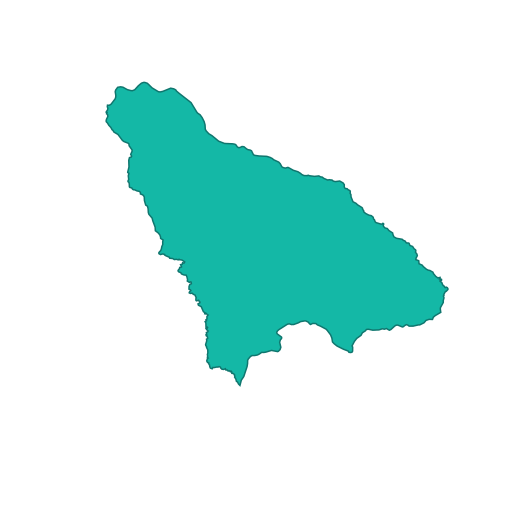 Támesis, Antioquia, Colombia (orthographic projection), rotated 291°
{"feature_id": "7082276B51026070835233", "entity_name": "Támesis", "entity_type": "district", "adm_level": 2, "iso_a3": "COL", "parent_name": "Colombia", "parent_adm1": "Antioquia", "projection": "orthographic", "projection_center": [-75.723, 5.674], "detail": "fine", "context": "isolated", "style": "filled", "palette": "teal", "viewbox_px": 512, "rotation_deg": 291, "n_neighbors": 0, "source": "geoboundaries", "source_scale": "gbopen_adm2", "svg_char_len": 6125}
<svg xmlns="http://www.w3.org/2000/svg" viewBox="0 0 512 512"><g transform="rotate(291 256 256)"><path d="M382.3,121.6L382.6,119.3L382.1,116.2L376.3,110.0L374.8,107.7L374.4,106.0L375.7,98.8L378.3,92.7L378.2,90.0L377.8,88.9L376.3,87.1L372.9,85.2L367.7,83.2L366.0,81.3L365.6,80.0L365.2,76.3L365.9,71.3L365.4,68.9L363.9,66.4L360.6,65.5L358.9,65.7L355.8,67.5L354.1,68.1L352.3,68.2L345.8,66.3L344.1,65.0L343.6,63.3L342.0,63.7L340.8,64.8L338.6,65.1L337.9,64.7L336.6,64.5L336.4,64.9L336.5,65.5L335.2,65.5L334.9,66.7L333.1,67.7L330.0,67.4L328.3,67.7L327.6,68.2L327.1,69.4L325.2,71.9L324.0,74.4L322.3,76.4L322.0,77.5L320.8,78.9L320.0,83.6L316.0,89.9L315.5,91.8L315.5,96.1L315.1,97.2L313.4,98.1L310.6,102.3L309.2,102.8L306.0,102.6L304.7,104.1L303.6,104.0L302.5,102.6L299.8,102.9L293.6,105.5L288.2,106.2L287.9,106.4L287.8,107.5L287.4,107.8L285.1,108.0L281.9,109.7L280.2,109.6L279.5,109.9L279.3,110.8L278.0,111.8L275.2,113.0L274.8,113.6L275.0,115.6L274.2,116.7L273.9,117.7L274.3,119.1L274.1,121.5L274.5,123.9L274.0,125.2L272.5,125.9L272.5,128.3L271.8,129.7L271.1,130.5L267.7,132.0L264.0,134.8L263.7,136.5L263.2,137.1L261.5,138.3L258.0,139.9L256.6,141.0L254.1,145.5L251.9,147.0L246.8,151.5L243.5,153.0L242.5,156.4L241.2,158.7L239.5,160.1L238.2,160.7L237.7,163.5L235.8,163.8L233.4,164.8L231.0,164.7L228.8,165.1L227.0,165.1L224.5,164.1L223.4,164.5L223.1,166.3L224.5,168.2L224.7,170.1L224.2,170.3L223.9,171.9L223.8,175.4L223.0,176.2L223.8,179.3L223.4,181.0L224.4,182.9L224.5,184.8L225.4,185.3L225.1,186.0L225.6,187.6L225.6,189.0L224.9,191.6L223.5,191.3L223.4,189.9L221.9,190.1L220.9,188.7L219.5,190.2L219.0,190.4L218.0,188.9L216.4,189.0L214.7,188.4L214.0,188.7L213.5,189.5L213.5,191.8L212.7,192.6L212.5,193.4L212.5,195.7L213.1,197.7L211.6,199.1L209.4,200.6L208.0,200.8L207.5,203.2L208.4,204.2L208.4,204.8L207.0,205.6L205.6,204.4L203.6,204.4L201.0,205.3L200.9,206.9L200.3,207.6L198.9,206.8L197.7,206.8L197.5,208.1L198.4,209.7L197.8,211.1L197.6,213.3L196.4,214.2L195.9,215.0L194.2,215.3L193.0,215.9L192.8,216.5L194.1,218.3L193.2,219.4L192.9,220.2L192.0,220.3L190.5,219.0L189.4,219.9L189.1,223.0L185.2,226.8L184.7,228.7L183.7,228.8L183.7,229.4L184.6,229.7L184.6,230.0L183.7,231.8L183.7,232.4L181.8,231.9L179.7,232.8L178.4,232.1L177.8,233.0L176.5,232.0L175.5,233.2L171.7,234.8L172.2,235.9L172.0,236.4L171.4,236.3L170.8,235.2L170.5,235.2L170.4,236.2L169.7,236.1L168.8,238.2L167.7,238.1L166.8,237.1L165.0,238.2L164.9,237.6L164.5,237.5L163.6,238.3L163.5,239.3L162.1,240.3L161.7,240.4L160.6,239.6L159.2,240.4L155.2,240.7L154.3,241.3L153.7,242.3L152.9,242.6L151.1,244.6L148.2,245.8L146.6,245.9L145.2,246.8L144.0,246.9L143.6,247.9L143.0,247.4L140.4,247.6L139.3,248.8L139.3,250.1L138.5,250.3L137.8,251.5L136.0,252.6L135.0,253.6L135.0,255.5L136.5,255.7L136.7,256.7L138.5,259.5L138.6,260.3L139.5,261.1L139.5,262.6L138.7,263.3L138.1,264.7L138.5,266.5L139.8,267.8L138.8,268.6L139.2,270.3L138.6,271.2L139.3,272.3L138.7,273.5L139.6,273.9L139.1,274.9L137.8,275.5L138.1,276.7L137.6,278.4L136.9,278.6L136.2,279.4L135.3,279.4L133.9,281.3L131.9,282.7L131.8,283.9L130.3,285.4L129.4,287.4L134.8,286.8L139.1,287.8L149.5,287.3L152.5,286.7L155.6,285.6L157.0,285.7L160.1,286.8L161.6,287.9L162.6,290.4L164.1,292.8L165.5,294.1L168.1,295.9L168.7,297.8L169.9,299.8L173.4,304.3L174.5,310.5L175.0,311.0L177.1,312.0L179.7,311.9L183.9,309.0L186.4,308.8L188.0,309.4L188.9,309.3L189.5,308.8L190.8,304.0L191.3,303.2L192.2,302.7L193.7,302.9L195.2,303.6L203.6,309.8L204.6,311.4L204.7,313.7L205.6,315.8L208.9,319.6L210.7,321.1L212.9,324.8L213.2,325.7L213.0,328.4L211.9,330.3L211.6,331.4L213.4,333.1L214.4,336.1L213.7,338.0L213.6,341.4L212.8,347.7L212.0,349.3L209.1,353.9L206.5,356.3L203.2,358.2L202.1,360.4L201.0,363.9L200.3,371.0L200.3,376.0L199.4,377.3L199.8,379.0L200.6,380.1L201.8,380.3L205.6,378.9L206.5,377.9L211.6,378.5L215.2,379.6L219.6,382.5L222.4,382.8L225.4,385.0L227.0,385.4L227.9,387.2L228.6,391.6L231.1,397.3L233.3,400.0L233.7,402.2L235.0,403.7L234.5,407.1L235.7,408.3L240.3,410.6L241.6,411.6L242.3,413.1L242.2,418.1L242.8,418.9L244.6,419.9L245.8,421.0L245.9,422.4L245.4,424.1L246.9,427.9L249.8,432.2L250.4,433.6L253.9,436.8L256.8,437.8L258.9,440.3L260.0,443.5L262.4,443.5L264.6,444.7L269.6,448.7L272.7,447.0L274.0,446.7L279.7,447.5L281.5,446.8L284.3,446.5L285.8,445.3L286.7,445.6L287.4,445.1L290.8,445.6L291.1,446.2L293.3,447.1L294.0,447.1L295.0,446.0L295.1,444.7L294.4,444.2L294.3,443.6L295.3,442.6L295.4,441.6L296.3,440.3L297.8,439.0L298.5,436.7L299.0,436.7L299.7,437.8L300.1,437.9L300.7,437.5L300.3,435.6L301.4,435.8L302.0,435.5L300.7,433.6L301.4,431.1L303.1,428.1L304.3,426.9L304.8,423.5L304.5,421.9L304.7,419.9L306.1,415.9L307.0,414.5L307.2,411.0L309.9,409.6L309.9,406.5L311.4,406.2L314.1,406.5L315.5,405.5L316.7,403.5L318.1,403.4L318.9,402.8L319.4,401.0L321.0,398.8L321.0,395.9L322.7,394.4L322.8,393.8L322.1,391.7L323.4,389.8L323.4,388.1L324.0,386.5L322.9,380.8L323.3,377.9L325.3,376.0L326.5,375.3L327.4,371.0L328.7,368.7L328.4,366.4L329.3,364.5L330.4,363.7L331.6,363.8L332.0,363.3L331.9,362.6L330.9,362.1L330.6,361.4L330.2,356.2L330.7,354.9L332.2,353.7L332.6,352.6L334.2,351.5L335.0,349.2L334.6,346.7L335.0,343.1L335.9,340.7L337.0,340.2L337.8,338.8L338.7,338.4L339.2,337.6L340.2,332.4L341.0,330.6L341.4,327.1L345.2,323.6L347.5,322.5L348.1,321.5L349.8,321.0L350.7,320.3L350.9,318.2L351.5,316.9L351.0,315.2L351.3,314.5L352.2,313.6L354.2,312.9L355.4,311.2L356.0,307.3L353.9,303.4L353.6,301.4L354.2,299.6L353.7,298.6L353.7,297.6L352.6,295.5L352.8,291.4L353.4,289.6L353.0,287.8L353.3,286.0L351.3,282.1L350.1,277.2L350.1,275.7L349.4,275.1L348.3,272.0L348.5,269.5L349.1,268.0L349.7,265.0L349.4,260.1L350.2,254.5L350.1,253.9L348.5,251.8L348.3,249.2L348.6,248.1L350.8,245.6L351.8,243.6L352.2,237.9L352.8,236.5L353.1,234.0L352.9,230.4L350.5,223.1L349.4,218.3L350.0,216.9L352.6,214.1L352.8,212.6L352.4,210.3L352.6,208.9L353.7,205.6L353.2,203.7L351.5,202.1L350.9,200.7L351.2,199.3L352.5,197.6L352.8,196.3L352.4,194.1L349.8,186.3L349.8,180.0L352.6,171.7L353.2,168.2L354.9,164.7L356.2,163.2L360.2,161.4L362.9,159.4L365.9,156.1L367.8,153.2L368.5,150.2L369.1,149.2L375.9,140.4L380.5,125.4L381.5,122.6L382.3,121.6Z" fill="#14b8a6" stroke="#0f766e" stroke-width="1.5"/></g></svg>